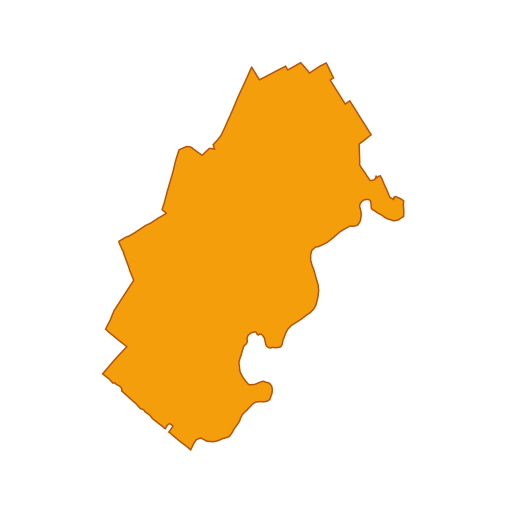 outline of Mihailesti, Giurgiu, Romania, rotated 101°
{"feature_id": "2599482B73686202162005", "entity_name": "Mihailesti", "entity_type": "district", "adm_level": 2, "iso_a3": "ROU", "parent_name": "Romania", "parent_adm1": "Giurgiu", "projection": "equal_earth", "projection_center": [25.91, 44.314], "detail": "fine", "context": "isolated", "style": "filled", "palette": "amber", "viewbox_px": 512, "rotation_deg": 101, "n_neighbors": 0, "source": "geoboundaries", "source_scale": "gbopen_adm2", "svg_char_len": 6048}
<svg xmlns="http://www.w3.org/2000/svg" viewBox="0 0 512 512"><g transform="rotate(101 256 256)"><path d="M401.0,384.1L404.9,376.5L408.1,372.2L407.5,370.2L408.5,368.9L409.7,365.0L411.8,362.4L414.1,362.1L424.2,345.1L427.9,340.4L428.3,337.0L430.1,335.2L432.6,329.8L435.4,326.6L439.0,319.6L441.5,314.6L442.6,313.0L442.8,311.9L442.1,311.9L439.4,310.9L437.8,309.8L436.9,308.7L438.7,305.1L439.1,305.2L440.6,305.8L443.1,306.9L445.5,308.0L445.8,307.2L447.6,304.0L450.5,298.9L453.0,294.3L455.3,289.3L458.8,283.1L452.1,281.4L447.5,279.4L445.1,275.4L447.2,269.0L446.5,262.6L445.0,259.0L442.7,255.2L441.8,254.3L440.8,252.1L439.7,249.9L438.6,248.2L437.7,247.4L436.2,246.7L435.2,246.3L434.5,246.0L433.8,245.7L433.1,245.5L432.2,245.2L431.5,245.0L430.7,244.8L429.7,244.3L428.6,243.9L424.7,242.1L423.7,241.7L422.9,241.3L421.7,240.9L420.8,240.6L420.0,240.4L418.9,240.5L418.3,240.3L417.8,240.1L417.3,240.0L416.1,239.7L414.1,239.1L413.5,238.6L412.8,238.2L412.2,237.8L410.3,236.5L409.6,235.9L408.8,235.3L407.0,234.3L406.2,233.7L404.2,232.5L403.4,231.9L402.3,231.3L400.8,229.9L399.6,228.6L399.0,227.2L398.6,225.7L398.2,224.1L397.8,222.0L397.8,221.1L397.5,220.2L397.2,219.2L396.3,217.3L395.7,216.5L395.1,215.9L393.9,215.0L393.2,215.0L392.2,214.7L391.4,214.6L390.4,214.6L388.8,214.3L387.7,214.1L387.3,214.2L386.7,214.2L385.2,214.3L383.9,214.5L382.2,215.2L380.7,215.8L379.4,217.2L378.7,218.2L378.1,219.4L378.0,222.0L378.0,222.7L377.6,224.1L377.5,224.8L377.9,225.9L379.9,229.2L381.4,231.3L382.4,233.0L382.8,234.6L383.6,237.3L383.5,238.4L383.2,239.2L381.9,240.8L381.0,242.0L380.1,243.0L379.1,244.1L378.2,245.1L377.0,246.2L375.1,247.8L373.1,249.3L370.5,250.4L368.8,250.8L367.5,251.3L366.4,251.6L365.7,251.9L364.8,252.1L363.8,252.4L362.1,252.5L360.7,252.3L360.1,252.3L359.0,252.1L358.4,252.1L357.5,251.9L356.1,251.6L354.5,251.6L352.4,251.4L350.9,251.2L349.5,251.1L348.3,251.0L347.6,250.8L346.5,250.6L345.4,249.8L344.8,249.3L344.0,248.7L342.8,248.3L341.6,248.3L340.3,248.6L339.0,249.0L337.5,249.1L335.1,248.5L334.3,247.8L333.3,246.9L332.5,246.2L331.8,245.0L330.6,242.6L330.5,241.9L331.3,241.1L332.8,239.7L333.1,238.5L332.3,238.0L331.7,236.8L332.0,235.5L332.4,234.8L333.2,234.0L333.7,233.3L334.5,232.5L335.3,231.9L336.9,231.2L339.2,230.3L340.8,229.6L341.9,228.8L342.5,228.4L343.3,226.5L343.6,225.4L343.6,225.1L343.6,224.5L343.2,223.7L342.5,222.3L342.3,219.1L341.4,216.5L340.7,214.8L339.3,213.8L337.2,213.4L335.7,213.5L332.7,213.4L330.2,212.8L325.7,212.1L321.7,210.8L317.5,208.1L309.1,199.3L303.0,193.9L301.5,192.1L297.1,189.3L292.6,187.8L284.4,187.4L277.7,187.9L272.8,189.4L264.4,193.7L258.9,196.4L253.9,199.5L249.4,201.6L244.2,202.6L239.7,202.2L235.9,199.3L234.9,196.6L233.1,194.0L229.3,188.9L224.0,184.3L216.7,178.6L212.7,174.4L210.4,171.6L209.0,169.9L208.6,168.8L208.3,166.5L207.3,163.9L206.1,162.0L202.8,160.6L200.6,160.3L198.6,160.4L196.2,160.5L193.9,160.9L190.4,162.3L187.5,163.8L184.9,163.8L182.8,162.8L181.0,161.6L179.8,159.6L179.8,159.2L179.4,158.4L179.1,156.3L179.4,155.1L180.1,154.2L182.2,153.2L186.9,152.0L187.6,151.6L188.5,150.0L189.0,148.1L190.4,145.2L191.8,140.5L193.8,136.4L194.5,133.6L194.7,130.7L195.2,128.0L194.6,125.8L193.3,123.0L191.8,121.6L190.7,120.6L190.1,119.8L189.6,119.1L189.1,118.7L188.5,118.7L187.8,118.8L184.6,119.3L180.9,120.2L177.4,121.2L173.8,121.5L172.3,124.4L171.0,130.4L171.8,131.7L174.2,131.7L173.3,134.3L173.3,134.7L172.9,135.6L172.6,136.0L172.1,136.3L171.7,136.7L170.7,137.3L166.2,140.2L164.3,141.6L163.0,142.5L161.3,143.7L160.2,144.5L155.7,147.4L154.8,148.3L153.9,149.1L153.6,149.4L154.0,150.2L154.1,150.4L154.5,150.9L155.5,151.7L155.8,152.0L156.1,152.5L154.7,153.3L154.8,153.5L155.5,153.3L155.9,153.3L156.4,153.5L157.3,153.8L158.0,154.0L158.4,154.3L158.7,154.5L158.9,154.9L160.3,158.3L160.2,158.4L155.5,163.1L153.4,165.0L149.7,169.0L146.8,171.6L144.8,172.0L143.1,172.3L138.2,173.4L130.2,175.3L128.6,175.6L126.6,176.1L126.4,176.1L123.7,173.7L122.8,172.7L122.1,172.2L119.7,170.1L118.3,169.0L115.0,166.1L110.8,170.1L108.5,172.1L105.0,175.5L101.3,179.0L100.1,180.2L98.9,181.3L97.7,182.4L94.1,185.7L85.8,193.6L87.1,194.8L89.8,197.4L89.6,197.6L74.3,212.0L72.8,213.3L69.2,216.8L68.1,215.7L66.4,213.9L64.8,215.1L63.8,215.9L59.6,219.0L55.8,221.8L53.9,223.3L53.2,223.9L54.0,225.2L54.2,225.6L54.6,225.8L54.8,225.9L55.6,227.0L56.4,228.2L56.9,228.9L66.2,238.4L66.2,238.6L65.4,239.3L64.7,240.0L62.7,242.6L59.9,246.1L59.0,247.3L57.7,249.1L58.2,249.7L60.0,251.7L67.2,260.2L67.3,260.4L64.0,263.2L82.4,286.2L78.1,290.3L77.4,290.8L75.8,292.3L73.1,294.8L72.0,295.8L71.6,296.1L71.5,296.3L74.1,297.0L81.8,298.7L87.0,300.0L88.8,300.4L92.1,301.2L103.3,304.0L105.6,304.5L105.8,304.5L106.3,304.6L111.3,305.6L120.1,307.5L122.3,308.0L123.9,308.3L125.5,308.8L135.2,311.0L142.3,312.7L144.1,313.3L144.9,313.6L145.7,314.0L148.1,315.2L149.6,316.1L150.1,316.3L153.8,318.6L154.8,319.3L159.0,317.1L159.1,321.6L159.2,321.8L159.4,322.3L159.6,322.6L160.0,322.9L160.4,323.2L160.8,323.4L161.2,323.6L162.1,324.3L163.2,325.2L166.9,327.6L167.2,327.9L167.2,328.3L167.3,328.5L167.2,328.8L165.3,332.8L164.3,335.0L161.9,339.8L161.7,340.3L161.6,340.8L161.5,341.5L161.5,343.2L161.8,344.8L162.1,345.5L164.4,348.9L165.9,351.0L166.5,351.8L175.8,352.9L180.2,353.2L186.2,353.4L189.5,353.6L200.5,354.6L207.3,355.2L207.6,355.2L207.7,355.3L221.8,356.2L225.1,356.7L227.8,357.0L228.2,357.0L228.4,356.9L228.5,356.9L228.7,356.7L231.1,352.3L231.6,352.6L232.2,353.1L233.1,354.3L235.3,356.6L237.6,359.4L239.5,361.1L239.8,361.5L240.5,362.4L240.8,362.7L242.2,364.0L244.1,366.0L244.4,366.4L244.9,367.2L245.6,368.2L247.3,370.4L250.5,373.6L252.5,375.7L253.7,376.9L255.4,378.6L255.8,378.9L261.0,384.9L261.2,385.0L261.2,385.4L261.5,386.0L262.2,387.1L262.5,387.5L267.1,392.7L267.6,393.3L268.4,393.2L270.0,392.2L271.6,391.2L272.0,390.8L275.9,388.2L276.5,387.6L276.9,387.0L277.4,386.8L278.3,386.7L278.8,386.3L282.1,384.3L283.6,383.4L291.5,378.6L293.8,377.5L303.2,371.4L336.4,384.8L341.1,385.8L346.6,386.8L350.7,388.1L352.0,388.4L353.4,388.8L356.6,389.7L357.1,388.6L358.6,386.4L361.6,380.8L362.9,378.4L364.3,375.9L369.6,365.5L384.2,374.6L401.0,384.1Z" fill="#f59e0b" stroke="#b45309" stroke-width="1.5"/></g></svg>